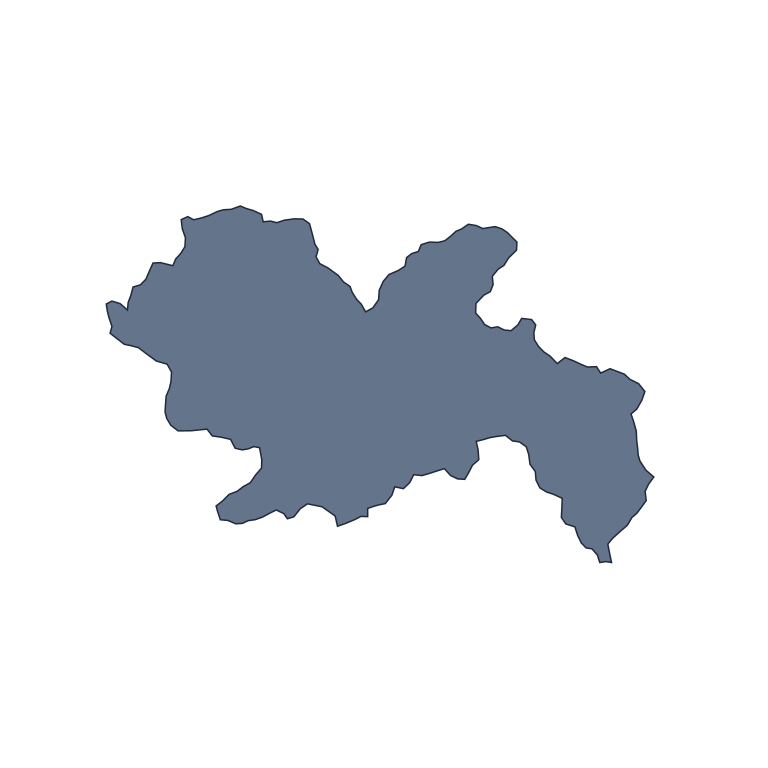 Marechal Floriano, Espírito Santo, Brazil, rotated 23°
{"feature_id": "56859067B31532180406364", "entity_name": "Marechal Floriano", "entity_type": "district", "adm_level": 2, "iso_a3": "BRA", "parent_name": "Brazil", "parent_adm1": "Espírito Santo", "projection": "mercator", "projection_center": [-40.766, -20.433], "detail": "fine", "context": "isolated", "style": "filled", "palette": "slate", "viewbox_px": 768, "rotation_deg": 23, "n_neighbors": 0, "source": "geoboundaries", "source_scale": "gbopen_adm2", "svg_char_len": 3133}
<svg xmlns="http://www.w3.org/2000/svg" viewBox="0 0 768 768"><g transform="rotate(23 384 384)"><path d="M606.0,441.8L615.5,440.9L621.6,447.9L627.7,453.2L634.0,455.9L639.9,454.5L647.3,458.1L652.4,464.0L657.6,460.8L663.2,459.4L657.2,450.8L652.6,443.9L654.8,436.5L659.4,426.7L663.2,418.9L664.4,410.0L667.2,404.4L669.1,396.8L670.9,388.8L666.3,380.8L666.7,372.9L668.7,364.2L658.6,360.9L649.5,354.7L645.7,350.0L642.4,343.7L638.7,337.3L634.6,328.7L628.6,321.2L623.1,315.1L626.5,308.3L627.7,298.2L627.1,289.0L618.3,284.2L608.4,283.6L601.4,281.0L594.1,281.3L586.1,281.6L579.2,289.3L572.8,285.0L564.6,288.9L556.6,288.9L550.0,288.6L540.3,288.9L535.5,297.5L526.2,293.5L518.6,292.0L511.5,289.0L505.2,284.6L501.9,278.3L500.6,270.4L494.7,267.0L485.1,269.8L484.1,277.4L480.1,285.3L473.6,287.3L466.4,286.9L460.5,290.6L453.3,289.9L447.4,286.0L440.6,282.9L437.2,273.8L441.2,263.2L445.8,257.4L445.6,249.9L441.6,242.5L444.3,233.6L448.1,227.9L449.4,219.4L453.7,209.0L450.9,201.4L445.6,199.3L438.5,196.4L431.9,195.1L424.8,195.7L414.2,202.3L407.0,202.1L399.2,204.0L394.8,211.0L390.5,215.4L387.7,221.7L383.9,228.5L378.5,232.5L370.4,235.6L363.8,241.2L363.8,248.6L358.5,253.2L355.4,258.8L357.3,267.3L352.7,274.0L345.8,281.3L343.2,289.9L343.0,299.6L346.1,308.5L344.0,318.2L338.9,324.8L331.9,319.4L325.8,316.8L319.0,312.1L314.7,307.5L306.9,305.9L299.4,301.9L286.8,299.0L277.9,298.3L271.8,293.5L270.8,285.9L265.8,282.3L260.0,274.7L252.8,265.5L245.0,263.8L236.9,267.0L228.3,272.1L222.3,277.4L215.8,278.4L209.4,281.9L205.0,275.7L195.9,275.4L188.5,276.3L182.2,276.3L175.1,282.9L168.2,286.3L163.2,290.3L156.8,297.5L150.9,302.6L144.6,307.2L138.0,306.6L133.1,311.9L137.6,319.8L144.1,327.0L147.1,335.4L145.9,343.3L143.4,350.3L143.4,357.6L136.6,358.7L130.9,359.6L124.1,362.9L123.9,372.5L123.9,380.5L121.0,387.9L115.1,392.8L116.4,401.7L116.6,408.7L118.9,416.1L109.6,413.1L101.1,414.0L97.1,418.9L101.1,425.4L105.2,430.7L111.1,437.3L112.0,444.3L119.1,446.2L129.4,448.9L136.6,447.5L143.7,446.5L153.1,448.9L165.4,451.8L176.7,450.5L183.8,456.1L187.0,465.2L188.2,472.1L188.2,480.3L191.0,488.6L193.4,495.3L197.5,500.6L203.9,505.3L212.8,507.6L224.9,502.3L233.2,497.7L238.8,494.7L246.2,498.9L254.9,496.6L264.4,494.9L272.1,501.3L279.3,500.0L284.2,496.9L288.8,492.4L294.4,491.3L301.1,501.5L304.1,509.3L301.3,518.0L299.5,527.1L294.5,533.5L290.7,540.2L284.5,546.2L281.1,554.7L277.1,561.9L280.9,566.7L286.4,572.9L293.6,570.6L302.2,570.6L308.2,567.6L312.2,563.0L318.6,559.1L324.3,553.8L329.7,547.1L334.0,542.1L342.4,542.4L347.7,545.8L352.9,541.5L355.7,531.5L360.4,524.2L375.0,521.2L390.6,524.6L396.8,533.1L403.0,527.5L410.1,520.2L414.5,514.9L420.8,512.5L417.6,504.9L422.3,500.6L426.9,497.0L431.9,493.6L434.7,483.3L434.1,474.4L442.7,472.8L446.2,464.8L446.8,455.9L454.9,453.4L461.5,447.9L467.4,442.8L472.6,438.3L481.0,442.2L488.8,442.6L495.6,440.2L496.6,432.2L497.2,424.2L500.8,416.6L496.5,408.1L491.3,400.8L497.4,396.2L502.4,392.0L508.0,388.4L515.9,383.8L524.5,386.2L531.4,384.4L539.5,386.2L544.8,392.4L549.7,400.8L557.5,405.5L561.5,413.1L568.1,418.7L575.8,419.9L583.3,419.3L592.7,419.6L596.3,429.0L599.4,437.5L606.0,441.8Z" fill="#64748b" stroke="#1e293b" stroke-width="1.5"/></g></svg>